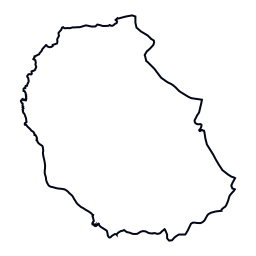 outline of Kutai Barat, Kalimantan Timur, Indonesia
{"feature_id": "22746128B93368126922918", "entity_name": "Kutai Barat", "entity_type": "district", "adm_level": 2, "iso_a3": "IDN", "parent_name": "Indonesia", "parent_adm1": "Kalimantan Timur", "projection": "albers", "projection_center": [115.749, -0.471], "detail": "fine", "context": "isolated", "style": "outline", "palette": "ink", "viewbox_px": 256, "rotation_deg": 0, "n_neighbors": 0, "source": "geoboundaries", "source_scale": "gbopen_adm2", "svg_char_len": 5439}
<svg xmlns="http://www.w3.org/2000/svg" viewBox="0 0 256 256"><path d="M116.7,234.6L116.7,234.2L118.4,232.5L121.0,231.0L122.6,230.8L124.0,230.0L126.6,232.0L129.7,232.7L132.5,233.8L134.8,234.0L137.3,233.8L140.5,231.8L142.9,231.1L145.5,231.4L146.9,232.0L147.9,232.7L150.0,233.3L152.9,233.5L153.3,233.1L154.9,233.1L156.0,233.5L157.7,233.9L160.1,233.2L162.0,231.3L164.6,229.2L165.0,229.6L167.1,234.5L167.1,238.3L169.1,240.6L172.0,240.3L174.3,237.7L176.4,236.0L179.0,234.5L185.2,234.5L186.2,233.1L187.8,230.4L191.0,223.7L192.7,222.7L193.8,222.7L194.2,222.6L197.3,223.0L200.5,223.1L202.5,222.2L204.4,220.6L207.4,215.2L208.6,214.0L211.1,212.7L215.5,211.5L221.4,210.8L221.3,210.6L221.6,209.5L223.6,207.7L225.1,206.8L226.3,205.1L228.0,201.0L229.5,196.0L231.2,193.7L233.9,190.8L234.8,189.3L232.4,188.5L231.3,185.7L232.4,183.0L235.1,178.1L234.5,177.7L231.3,176.6L228.0,174.5L222.4,170.1L218.8,164.6L216.0,159.9L213.2,154.6L206.9,144.5L205.4,138.6L204.5,132.7L204.0,130.8L203.3,130.8L202.5,130.1L202.1,130.0L201.5,130.0L200.8,130.7L200.0,131.1L199.8,131.1L199.3,130.5L199.2,130.1L199.3,129.9L199.5,129.6L200.0,129.3L200.2,129.0L201.0,127.5L201.3,126.5L201.5,125.5L201.4,124.7L200.5,124.1L198.4,124.3L197.2,124.1L196.4,123.8L195.8,123.4L195.2,122.8L195.0,122.5L194.7,121.7L194.6,120.4L197.5,114.7L198.1,114.0L199.0,112.5L199.2,112.0L201.4,102.6L201.9,99.7L193.5,98.5L191.2,98.1L189.8,97.5L188.2,96.7L180.2,91.8L179.0,90.9L176.4,88.2L175.3,87.1L172.6,84.9L170.6,83.7L168.6,82.8L166.4,81.5L164.2,79.9L162.3,78.6L161.0,77.6L154.3,68.7L147.6,62.0L146.3,61.1L145.1,56.2L144.7,55.0L146.6,51.7L147.4,50.8L147.7,50.7L150.2,48.4L151.3,47.2L152.7,45.7L153.6,44.4L154.1,42.1L153.8,40.6L151.9,39.3L151.0,38.9L150.9,38.6L147.6,35.4L147.3,35.2L146.7,35.0L146.1,34.5L141.0,31.5L136.5,27.6L135.4,22.6L135.4,16.5L132.1,15.4L125.9,16.5L117.6,18.7L117.4,18.3L115.6,19.9L117.1,21.3L116.7,23.0L114.8,24.0L113.8,25.0L112.4,25.8L111.2,25.8L109.7,25.0L108.5,25.8L104.9,26.0L102.8,26.0L99.6,25.0L97.3,24.6L95.5,26.4L91.8,26.6L87.3,25.6L85.7,25.4L81.2,26.8L79.6,27.2L77.0,27.2L75.1,27.4L72.5,27.4L71.3,27.8L69.4,28.2L67.4,28.0L66.4,28.2L64.3,28.2L63.1,27.2L62.5,27.6L62.1,27.6L61.1,29.9L58.6,32.7L58.6,34.3L59.0,35.8L57.2,39.2L57.4,41.9L57.0,43.5L55.2,44.1L52.7,44.9L52.7,46.1L51.1,47.0L49.5,47.2L48.2,46.8L47.2,46.3L46.4,45.1L46.0,45.1L43.2,48.2L42.3,49.2L41.7,50.8L39.7,53.1L39.0,54.4L37.7,54.8L37.1,55.3L34.5,56.4L34.6,56.7L34.6,57.4L34.0,57.9L33.7,58.6L33.4,58.9L33.3,59.2L33.4,59.3L34.2,59.3L34.8,59.9L35.3,60.2L35.8,62.7L35.8,63.0L35.5,63.7L35.4,64.2L35.8,65.8L36.2,66.4L36.2,67.0L35.9,67.6L35.9,67.8L35.8,68.2L35.5,68.5L35.3,68.9L35.2,69.7L34.7,70.2L34.0,70.5L33.5,70.9L32.7,70.8L31.7,71.3L31.5,71.6L31.8,73.8L31.2,74.4L30.7,74.4L29.3,74.1L28.9,74.1L28.2,74.6L27.6,75.4L27.2,76.1L27.2,76.6L27.6,77.3L28.0,77.7L28.2,78.2L28.7,80.9L28.6,81.6L27.4,84.2L27.0,85.8L26.3,85.9L25.7,85.9L25.6,86.0L25.4,86.6L25.3,88.0L24.9,87.9L24.7,87.9L24.4,88.0L23.6,88.7L23.5,89.3L23.6,90.9L23.6,91.0L24.5,91.1L24.8,91.4L25.2,92.4L25.5,92.8L25.7,93.4L25.6,93.9L25.6,94.1L26.2,94.9L26.2,95.1L25.8,95.7L25.8,95.8L26.0,95.9L26.2,96.3L26.1,96.6L26.3,97.0L26.0,97.6L26.0,97.8L26.3,98.4L26.3,98.7L26.1,98.9L26.1,99.9L26.0,100.2L25.9,100.4L25.7,100.3L24.6,99.6L24.0,100.2L23.4,99.7L22.7,98.9L22.4,99.0L22.4,99.6L22.1,99.9L21.2,100.3L21.0,100.6L20.9,100.9L21.0,101.6L21.2,101.9L21.6,102.3L21.8,102.9L22.6,103.6L22.7,103.8L22.6,104.3L22.7,104.8L22.5,105.3L22.5,106.1L22.6,106.3L23.1,106.5L23.3,106.7L23.2,106.9L22.9,107.0L22.6,107.5L23.3,108.2L23.5,108.5L23.4,108.7L22.9,109.0L22.6,109.4L22.6,109.9L22.9,110.4L23.1,110.9L23.1,111.1L22.9,111.6L23.1,111.9L23.1,112.3L23.3,112.7L23.6,113.1L24.0,113.3L24.3,113.7L25.6,117.1L26.0,118.2L26.5,122.1L25.7,122.7L24.9,123.1L24.7,124.0L24.9,124.7L25.4,124.8L26.0,124.8L26.5,125.2L27.0,126.0L27.5,126.6L30.2,129.1L31.4,130.7L32.7,131.4L33.6,132.2L34.2,133.1L34.1,133.5L34.3,133.9L34.9,134.6L34.6,135.0L35.0,135.2L35.4,135.2L35.6,135.2L36.4,136.6L36.8,137.5L36.7,138.1L36.8,138.3L37.1,138.9L37.1,139.0L36.6,139.5L36.5,140.4L37.4,140.9L37.7,142.2L38.5,143.1L39.6,144.1L42.3,145.9L42.6,146.4L42.9,147.5L43.0,148.6L43.2,150.0L43.2,151.1L42.9,152.7L43.1,154.6L43.7,157.9L44.1,159.3L44.7,162.3L45.1,165.6L45.0,168.6L44.8,169.8L44.7,171.9L44.8,173.8L45.9,177.4L46.1,179.5L46.4,181.0L47.1,182.7L48.4,185.1L49.0,185.8L49.9,186.3L50.7,186.7L53.4,187.3L56.0,188.1L58.2,188.5L62.2,188.9L64.2,189.3L64.8,189.5L65.9,190.1L67.6,191.3L68.6,192.4L69.7,193.5L71.9,195.4L72.3,195.8L73.5,197.8L73.9,198.6L75.3,200.8L76.3,202.5L77.6,204.1L80.3,206.4L81.2,207.1L81.9,207.5L83.0,208.0L85.2,209.5L88.3,211.3L89.5,212.0L91.3,213.4L92.0,214.1L92.9,215.1L93.1,215.1L93.0,215.5L92.9,215.6L92.6,215.8L92.7,216.1L92.6,216.5L92.8,216.6L92.8,217.0L93.0,217.4L93.8,221.0L93.6,221.2L93.5,221.4L93.2,221.6L93.1,221.8L93.1,222.2L93.0,222.5L92.8,222.8L92.5,222.9L92.3,223.7L92.5,224.4L93.2,224.4L93.5,224.4L94.0,224.3L94.2,224.6L94.1,225.4L94.3,225.6L94.7,225.2L94.9,225.2L95.1,224.9L95.3,224.8L95.4,225.1L95.6,224.8L95.6,225.3L95.8,225.9L95.9,226.0L96.0,226.0L96.2,225.8L96.3,225.8L96.5,225.6L97.1,225.2L97.3,224.7L98.0,224.1L98.0,223.9L98.2,223.7L98.4,223.6L98.7,223.7L98.9,223.9L99.0,224.9L100.0,226.2L100.8,226.9L106.5,230.5L106.8,230.9L107.0,231.3L107.3,232.4L107.8,235.4L108.5,236.7L109.0,237.3L109.4,237.5L109.7,237.5L110.1,237.4L110.6,237.2L111.6,236.2L112.0,235.8L114.6,234.2L114.9,234.1L115.8,234.2L116.2,234.1L116.4,234.2L116.7,234.6Z" fill="none" stroke="#020617" stroke-width="2"/></svg>